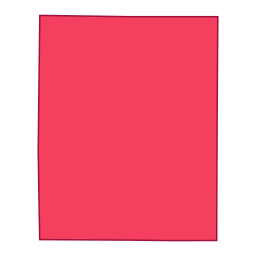 outline of Linn, Iowa, United States of America
{"feature_id": "52423323B70350332268545", "entity_name": "Linn", "entity_type": "district", "adm_level": 2, "iso_a3": "USA", "parent_name": "United States of America", "parent_adm1": "Iowa", "projection": "mercator", "projection_center": [-91.569, 42.079], "detail": "fine", "context": "isolated", "style": "filled", "palette": "rose", "viewbox_px": 256, "rotation_deg": 0, "n_neighbors": 0, "source": "geoboundaries", "source_scale": "gbopen_adm2", "svg_char_len": 268}
<svg xmlns="http://www.w3.org/2000/svg" viewBox="0 0 256 256"><path d="M217.8,16.7L128.9,16.7L39.8,15.4L38.2,150.0L38.9,194.8L39.7,239.6L128.5,240.1L172.7,240.6L216.7,240.5L216.8,195.8L217.2,106.4L217.8,16.7Z" fill="#f43f5e" stroke="#9f1239" stroke-width="1.5"/></svg>